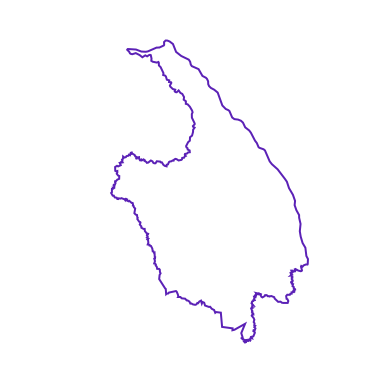 outline of Rorainópolis, Roraima, Brazil, rotated 137°
{"feature_id": "56859067B89406114023210", "entity_name": "Rorainópolis", "entity_type": "district", "adm_level": 2, "iso_a3": "BRA", "parent_name": "Brazil", "parent_adm1": "Roraima", "projection": "natural_earth1", "projection_center": [-60.884, -0.216], "detail": "fine", "context": "isolated", "style": "outline", "palette": "violet", "viewbox_px": 384, "rotation_deg": 137, "n_neighbors": 0, "source": "geoboundaries", "source_scale": "gbopen_adm2", "svg_char_len": 5998}
<svg xmlns="http://www.w3.org/2000/svg" viewBox="0 0 384 384"><g transform="rotate(137 192 192)"><path d="M142.4,340.2L142.3,337.4L142.8,335.7L142.5,334.6L141.7,333.5L138.4,331.9L136.9,327.8L136.4,324.4L133.0,323.8L132.3,321.8L130.3,321.5L129.2,321.0L128.8,320.2L130.6,317.2L132.3,315.7L131.9,314.1L129.5,310.7L127.9,310.0L128.1,309.2L129.9,307.1L129.8,304.7L131.8,298.4L133.3,297.2L132.3,295.5L132.3,294.3L133.8,291.3L132.5,289.2L133.8,288.1L132.5,286.6L132.7,285.9L135.6,284.9L136.0,284.0L135.8,280.4L134.5,278.3L135.9,277.6L136.0,276.4L135.2,275.4L132.5,275.4L132.9,272.3L132.2,270.4L133.1,266.8L135.1,265.2L134.6,262.5L136.4,260.7L135.4,259.1L135.4,255.9L136.4,251.5L137.2,249.9L139.0,249.1L141.4,246.4L143.3,240.3L143.9,239.7L146.4,239.6L146.7,239.1L146.2,237.3L148.7,236.8L150.3,235.2L153.5,233.2L156.1,233.4L158.6,231.0L160.8,231.1L165.0,229.6L165.6,228.4L165.4,227.1L166.2,226.0L165.4,224.0L166.5,222.6L167.9,223.6L169.6,223.6L171.1,224.6L171.8,224.2L172.0,222.7L172.8,223.1L174.4,222.5L175.9,223.6L176.9,222.8L177.8,222.7L180.3,224.2L180.9,226.6L181.6,227.6L183.4,227.9L184.1,227.5L184.7,228.3L186.1,228.5L187.4,229.4L188.5,229.6L190.7,228.6L191.9,229.2L193.1,228.1L194.1,229.7L194.4,231.4L193.8,234.2L194.7,235.1L194.5,235.9L196.8,238.5L199.1,237.9L200.0,238.7L200.4,239.7L200.0,241.4L200.6,243.1L204.0,243.4L205.1,244.1L204.9,245.0L205.5,247.1L204.9,247.4L205.2,248.9L206.5,249.1L206.8,250.2L207.6,249.7L208.4,250.6L207.9,252.6L207.0,253.6L208.3,254.4L209.6,254.1L209.9,254.6L208.7,255.7L209.2,256.7L208.7,258.1L209.5,261.0L209.1,262.0L210.0,262.4L210.7,261.4L211.3,261.8L212.2,261.2L212.6,262.1L211.8,262.6L213.8,261.9L215.4,262.9L216.6,262.6L218.0,263.3L218.2,264.9L219.7,263.4L221.1,263.4L221.6,262.2L222.7,262.3L222.7,261.1L225.0,262.6L225.8,260.2L228.6,261.1L229.0,262.3L231.2,262.7L233.7,259.8L233.4,258.9L232.3,258.3L233.3,257.2L234.6,256.7L234.8,254.4L234.3,253.3L236.3,251.3L238.2,252.0L240.2,251.8L240.9,252.3L241.7,251.5L241.8,250.7L243.8,249.8L244.3,250.6L244.7,250.5L245.0,249.0L246.0,248.1L246.9,249.2L247.5,248.3L248.4,248.9L250.8,246.4L251.8,246.4L252.5,243.4L251.7,242.7L252.2,240.7L251.0,239.2L251.4,237.8L250.8,237.2L250.1,237.5L248.7,235.9L247.8,235.6L246.3,232.6L246.4,231.8L245.5,232.4L245.0,232.2L244.5,230.8L245.5,230.4L244.8,228.5L243.9,228.3L243.6,225.2L242.9,224.5L243.6,223.1L244.5,222.4L244.2,221.7L244.9,220.4L244.8,218.7L248.6,215.8L248.6,213.9L247.9,212.7L249.2,210.9L249.3,210.1L250.4,209.6L250.9,206.3L250.4,205.2L250.6,204.7L252.4,203.8L252.5,201.4L253.4,200.4L252.6,198.0L251.8,197.3L253.1,195.6L253.3,192.9L252.6,191.3L253.0,191.1L253.5,191.7L254.5,191.2L254.9,189.5L256.1,189.4L255.7,187.7L257.0,187.7L256.8,187.0L258.5,184.7L260.2,183.8L259.1,182.4L259.6,181.8L258.8,180.5L259.6,177.7L261.2,175.4L260.7,174.8L261.5,172.8L261.1,172.8L263.6,169.8L263.4,169.5L264.4,168.6L265.1,168.9L266.2,166.7L268.4,165.5L267.8,164.6L267.9,163.6L268.7,163.0L268.7,161.5L269.9,159.5L268.5,158.2L268.5,157.2L270.1,155.2L270.4,154.0L272.3,153.4L275.4,150.7L277.4,139.8L277.3,139.0L280.6,134.9L279.8,134.9L278.6,134.0L277.5,134.2L271.3,130.5L271.2,129.5L272.2,126.8L273.2,124.9L273.8,124.7L272.1,123.1L272.0,121.2L269.8,118.7L269.8,116.3L269.2,115.8L268.6,113.6L269.3,111.5L268.5,111.0L268.0,109.2L266.6,107.3L265.4,106.8L263.8,107.2L263.4,106.5L261.3,106.9L259.5,106.4L260.9,103.7L259.3,104.4L258.6,102.7L259.9,100.1L258.0,96.4L257.0,95.7L257.2,93.1L256.3,90.6L257.4,87.8L256.2,87.7L253.2,84.1L262.0,72.8L255.3,64.6L256.7,63.3L254.9,62.3L243.1,59.4L252.2,55.2L254.1,51.2L255.4,51.3L255.4,49.6L254.8,49.4L254.7,47.3L255.9,47.3L255.9,45.8L254.9,45.4L253.7,47.1L252.8,46.4L253.0,45.3L252.6,44.8L251.5,45.4L250.9,43.6L250.5,43.7L250.5,44.7L249.7,45.0L249.5,44.7L248.6,45.3L247.9,44.1L247.4,45.6L245.6,44.6L242.0,46.2L241.7,47.0L242.0,48.4L241.2,48.9L240.6,48.0L238.6,49.0L238.6,50.7L237.0,51.0L237.4,52.0L235.8,53.3L235.6,54.8L233.5,56.1L232.9,57.7L232.7,60.8L231.5,61.2L230.7,60.5L230.1,61.3L230.3,62.6L229.7,63.0L229.9,63.4L228.3,64.6L228.9,64.5L228.2,66.3L227.0,66.0L227.5,66.7L226.1,67.1L225.2,68.0L224.5,67.0L224.4,67.9L224.9,68.4L224.1,69.5L224.3,70.0L222.7,70.9L221.6,70.5L221.1,71.0L219.9,70.2L219.5,71.5L218.6,71.8L218.1,72.9L217.4,72.1L216.9,73.3L216.2,73.4L216.1,72.4L215.8,72.5L214.7,73.8L213.9,72.8L213.9,74.2L212.8,72.6L212.2,72.4L212.0,70.9L211.4,70.6L211.3,70.2L212.1,69.9L212.7,68.1L212.4,66.9L209.8,66.3L208.9,66.7L207.7,65.6L207.7,64.2L206.7,63.3L206.7,62.8L205.0,61.9L203.6,59.0L204.2,57.7L203.9,52.9L202.0,51.4L201.8,49.8L200.9,48.6L197.7,45.6L195.9,46.6L195.3,48.6L195.7,49.4L194.1,51.7L192.4,51.9L190.6,50.1L189.5,50.5L188.5,49.7L187.6,50.7L186.8,50.0L185.8,50.4L185.4,48.5L184.8,50.6L183.2,50.2L182.9,50.6L183.5,51.9L182.4,53.0L182.7,54.6L180.9,55.7L181.5,56.7L180.5,57.7L181.1,58.3L180.7,58.6L179.5,58.0L178.6,58.7L178.7,59.9L177.7,61.1L177.1,60.8L176.2,61.8L176.6,62.2L176.2,63.2L176.8,63.6L174.9,63.6L175.0,64.3L175.7,64.3L175.0,65.7L173.4,65.0L172.9,66.7L172.3,66.2L172.2,64.7L171.7,64.3L170.6,64.7L170.4,63.8L169.3,64.2L169.3,65.3L168.9,65.2L167.9,62.1L166.5,59.9L165.7,59.5L165.0,59.7L163.2,63.1L162.5,63.4L162.1,62.0L160.4,62.2L158.1,61.3L157.0,60.2L156.5,60.4L152.9,63.9L152.0,67.2L147.1,73.9L145.9,79.3L142.9,85.3L139.9,89.8L134.4,94.6L131.2,100.1L129.4,102.1L128.1,107.4L125.9,112.4L122.7,115.2L120.1,121.1L118.4,128.7L115.6,134.8L115.1,138.2L113.9,150.2L114.6,157.9L114.3,161.4L110.3,172.6L110.5,174.4L112.6,178.4L112.7,179.5L111.2,183.6L110.9,186.6L108.5,195.2L108.2,198.0L109.0,203.0L107.4,208.0L107.6,210.7L108.9,213.5L111.3,216.4L111.8,219.1L109.4,225.7L109.6,227.1L110.7,229.7L110.8,234.6L105.4,247.2L106.0,251.7L107.2,255.2L107.3,257.8L106.6,259.8L104.7,262.0L103.9,264.5L103.9,266.0L105.2,269.8L103.4,277.4L106.3,284.2L106.0,286.0L104.5,288.6L104.1,291.0L107.1,298.8L108.1,305.3L105.0,313.2L105.7,317.3L106.7,319.5L108.0,320.8L110.2,320.7L112.0,318.6L112.7,318.4L117.3,319.9L119.5,321.8L128.3,324.9L130.1,326.0L133.2,329.2L135.8,334.4L140.8,339.7L141.6,340.4L142.4,340.2Z" fill="none" stroke="#5b21b6" stroke-width="2"/></g></svg>